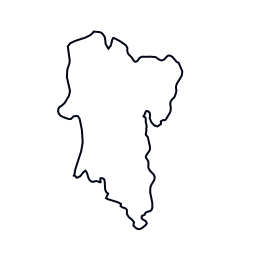 outline of Lumbini, rotated 78°
{"feature_id": "NPL-1127", "entity_name": "Lumbini", "entity_type": "Administrative Zone", "adm_level": 1, "iso_a3": "NPL", "parent_name": "Nepal", "parent_adm1": "", "projection": "natural_earth1", "projection_center": [83.543, 27.795], "detail": "fine", "context": "isolated", "style": "outline", "palette": "ink", "viewbox_px": 256, "rotation_deg": 78, "n_neighbors": 0, "source": "natural_earth", "source_scale": "10m", "svg_char_len": 2686}
<svg xmlns="http://www.w3.org/2000/svg" viewBox="0 0 256 256"><g transform="rotate(78 128 128)"><path d="M171.1,176.3L168.5,177.1L163.2,177.5L160.9,178.5L161.9,180.7L165.2,184.7L165.5,186.0L166.0,187.4L165.9,188.6L164.8,189.0L164.1,189.6L163.3,190.9L163.1,190.8L162.5,190.1L157.2,188.0L141.1,178.7L132.7,175.3L120.0,173.5L109.1,173.4L106.1,174.5L105.5,175.9L105.3,177.6L105.5,179.2L107.3,181.8L107.1,183.5L106.3,185.2L103.8,189.2L101.9,191.4L99.6,192.7L97.0,192.9L94.4,191.9L93.2,190.5L92.5,188.5L91.1,185.9L89.7,184.1L84.0,178.9L79.7,177.0L65.5,177.2L58.2,175.2L52.9,172.0L50.0,171.0L35.6,169.9L33.0,166.7L31.8,161.4L30.7,150.9L29.3,145.5L27.3,142.0L26.6,141.7L26.9,140.5L27.8,137.4L28.4,135.8L28.9,134.9L29.5,134.1L30.4,133.5L31.6,132.8L33.8,132.0L35.6,131.8L41.3,132.4L46.3,130.6L43.7,127.6L38.3,125.0L36.9,123.8L37.1,123.0L37.5,122.5L41.4,117.8L46.6,112.9L49.4,112.0L52.1,112.6L53.6,112.7L55.1,112.5L56.4,111.9L59.8,109.7L63.6,108.3L64.3,107.7L64.8,106.8L64.5,105.3L64.1,104.5L63.3,103.6L62.3,102.8L61.6,101.5L61.2,99.2L62.3,94.8L62.9,91.1L64.4,86.3L67.4,83.4L68.3,82.4L68.9,81.2L68.8,79.5L68.3,78.1L66.1,75.0L65.6,73.7L65.7,72.3L66.6,70.9L68.1,69.5L73.3,66.8L74.8,64.9L83.8,63.1L85.8,63.7L88.2,64.7L94.5,70.7L96.8,72.2L98.5,72.7L101.5,72.9L103.0,73.5L105.6,74.9L107.1,75.9L108.1,77.0L108.8,78.4L109.9,79.7L111.7,81.2L113.4,81.7L116.6,81.9L118.9,82.4L120.5,83.0L121.7,83.8L127.1,88.8L127.8,89.6L128.0,90.7L127.6,91.5L127.8,93.0L128.3,94.5L129.1,94.7L130.0,94.6L131.0,95.0L132.6,98.8L130.9,101.8L127.3,103.9L123.1,104.7L119.6,103.7L117.7,103.6L115.9,104.7L115.2,106.6L116.3,107.8L118.2,108.9L119.9,110.4L121.2,108.9L122.5,108.7L125.9,109.4L129.1,109.3L131.0,109.6L132.6,110.4L133.9,110.4L138.0,112.0L138.9,111.8L140.9,110.5L150.3,110.4L153.1,110.8L155.0,112.0L158.2,115.6L159.9,116.6L161.0,116.5L163.7,115.4L165.0,115.1L166.6,115.3L169.7,116.1L171.3,116.3L174.0,115.5L179.2,112.4L182.0,112.1L184.4,113.2L188.5,117.0L190.8,118.5L195.7,119.7L206.1,119.8L211.1,120.8L213.1,122.1L213.8,123.5L213.9,125.3L214.2,127.6L214.8,128.7L216.3,129.8L216.6,131.0L216.8,132.3L217.2,132.9L218.0,133.2L219.0,133.3L220.4,132.7L221.7,131.1L223.3,129.7L225.3,129.5L226.5,130.7L227.8,133.1L228.9,135.6L229.4,137.2L228.9,139.3L227.8,140.8L224.6,143.0L221.3,141.7L218.4,143.3L215.5,145.6L212.3,146.9L210.4,146.7L209.0,146.3L207.7,146.2L206.3,146.9L204.2,150.3L202.7,151.5L200.8,150.6L198.2,153.9L193.5,162.4L192.1,164.1L188.1,161.1L185.8,162.8L183.2,163.1L175.4,161.9L174.0,161.9L173.0,162.2L172.1,163.1L171.5,164.3L171.5,165.4L172.6,165.9L175.0,165.9L175.4,166.6L174.2,168.3L173.3,169.9L173.3,171.5L173.4,173.1L173.0,174.6L171.2,176.2L171.1,176.3Z" fill="none" stroke="#020617" stroke-width="2"/></g></svg>